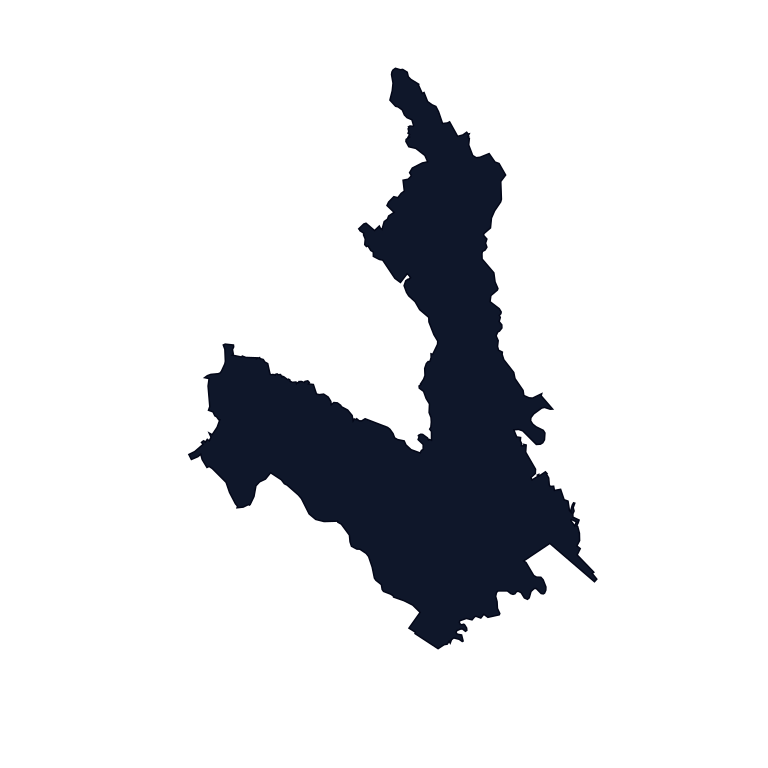 DEJ, Cluj, Romania, rotated 62°
{"feature_id": "2599482B75770184766435", "entity_name": "DEJ", "entity_type": "district", "adm_level": 2, "iso_a3": "ROU", "parent_name": "Romania", "parent_adm1": "Cluj", "projection": "robinson", "projection_center": [23.804, 47.127], "detail": "fine", "context": "isolated", "style": "filled", "palette": "ink", "viewbox_px": 768, "rotation_deg": 62, "n_neighbors": 0, "source": "geoboundaries", "source_scale": "gbopen_adm2", "svg_char_len": 6170}
<svg xmlns="http://www.w3.org/2000/svg" viewBox="0 0 768 768"><g transform="rotate(62 384 384)"><path d="M360.2,589.5L360.8,582.5L360.0,578.8L365.4,580.0L374.6,579.5L374.7,577.1L378.0,575.3L396.7,569.6L407.3,571.3L420.1,571.4L423.0,570.7L424.3,571.9L426.6,566.1L426.8,560.3L427.7,559.8L427.6,558.8L422.3,551.6L413.8,544.9L412.0,539.8L412.3,533.3L409.1,525.8L420.4,519.6L425.3,518.8L427.8,517.0L441.8,511.7L446.5,510.7L463.6,511.1L471.5,507.9L477.3,501.5L483.3,489.4L484.3,489.7L487.7,487.5L501.2,485.5L507.4,488.1L512.0,488.9L517.0,485.5L518.5,482.9L525.2,479.3L529.1,478.6L540.1,480.4L550.9,483.6L553.5,483.3L559.9,480.5L564.6,482.1L566.9,481.8L572.8,476.7L575.4,475.3L576.6,475.6L584.7,468.1L592.6,462.5L602.6,459.3L611.3,476.6L617.9,472.8L618.9,473.8L643.1,460.5L642.4,453.3L643.4,450.3L641.7,447.3L643.9,447.2L641.5,444.5L640.9,441.7L644.7,437.5L648.1,435.8L648.1,434.8L642.0,433.3L639.3,436.7L637.2,437.1L636.0,435.5L636.3,431.4L637.2,429.7L640.6,428.2L640.4,426.5L638.2,425.6L634.3,425.9L633.5,426.4L633.0,428.7L631.5,429.5L629.7,429.4L628.6,428.2L629.7,421.3L633.6,417.0L632.1,413.3L632.2,411.9L636.1,408.4L634.2,404.0L638.8,401.8L641.9,390.6L641.0,389.5L635.4,389.2L629.2,386.3L623.9,385.1L621.0,382.6L620.2,380.6L624.6,372.2L628.7,370.4L630.3,368.8L630.7,366.9L629.5,364.4L630.1,362.7L632.6,360.9L638.8,360.5L641.5,358.4L641.0,356.2L636.2,351.6L635.1,347.5L636.0,345.6L642.8,343.6L644.1,341.9L644.0,340.4L642.0,337.9L639.2,336.3L631.6,335.4L628.3,336.2L626.1,340.0L623.4,341.7L608.3,342.4L605.8,343.8L602.6,312.4L657.4,291.0L656.2,287.7L649.0,289.1L648.7,287.1L625.6,293.7L621.5,288.0L617.5,289.7L614.1,284.8L607.5,281.5L600.8,279.9L599.8,280.4L597.9,278.1L596.2,279.2L598.9,282.2L592.3,283.2L591.5,282.2L597.7,277.7L595.7,275.6L590.2,279.7L587.3,278.2L585.4,275.8L582.0,275.0L578.8,271.5L577.9,272.4L579.2,274.5L582.9,278.1L585.1,279.2L582.9,279.7L573.8,276.5L570.7,279.3L559.9,277.5L558.0,283.5L553.9,282.2L552.5,285.3L550.6,285.4L544.3,282.7L539.9,282.8L539.7,282.1L537.3,282.7L538.1,290.4L536.5,289.7L536.4,291.5L537.7,291.5L538.2,298.3L535.5,298.2L534.1,292.4L530.4,290.2L510.7,290.9L504.6,287.1L503.0,288.9L504.3,289.5L503.0,291.8L501.6,290.5L498.1,290.3L495.4,288.5L493.0,291.7L485.4,290.9L487.3,286.5L490.5,283.5L508.9,277.9L510.6,274.1L510.4,271.4L508.6,268.5L502.8,264.9L499.7,265.1L493.2,269.8L489.2,271.5L485.3,271.8L482.7,270.1L480.7,265.8L479.3,256.1L480.0,253.3L484.3,249.1L485.3,246.9L468.2,250.8L466.6,249.3L466.2,259.4L464.3,262.4L459.8,265.9L454.9,264.2L440.7,265.8L434.7,264.0L418.8,266.8L413.3,265.8L411.4,264.5L407.9,267.0L404.1,266.1L399.3,262.8L394.1,262.4L391.5,259.2L391.5,257.2L389.9,253.6L387.1,252.2L382.9,253.0L379.9,250.1L377.4,249.9L376.8,247.8L375.4,246.7L371.6,246.9L361.1,251.7L356.1,248.1L354.3,239.8L353.2,238.6L346.0,238.0L337.4,234.8L319.7,238.7L314.9,236.3L313.2,234.9L313.2,231.9L311.5,228.9L307.3,228.2L304.3,225.1L299.9,226.2L298.2,225.5L296.2,216.7L287.9,211.2L283.0,205.0L278.0,195.5L276.0,193.6L260.0,185.8L256.6,178.5L243.3,178.9L240.1,181.8L229.9,183.0L228.9,192.7L227.5,196.3L223.9,198.4L212.7,197.0L207.2,193.3L206.1,194.0L205.6,193.1L204.8,193.5L203.1,191.3L202.8,192.4L200.5,192.8L201.1,197.5L199.9,202.7L183.3,203.0L183.3,205.4L181.5,210.0L169.2,208.0L163.3,207.9L160.0,210.5L155.1,212.9L145.4,211.8L145.4,213.8L135.8,213.2L135.6,212.6L127.6,217.3L124.1,218.3L119.6,217.1L115.0,219.8L114.2,222.0L110.6,225.7L111.0,228.7L112.2,230.5L114.3,232.1L122.6,234.8L129.0,239.1L136.1,245.5L144.2,243.4L145.9,241.5L150.6,239.2L156.0,239.7L159.7,238.6L163.8,235.3L169.9,236.6L170.2,237.3L168.4,239.9L168.4,241.7L169.5,241.6L170.0,242.9L172.5,243.5L173.9,245.1L175.7,244.2L177.4,246.9L178.0,246.1L178.4,249.6L180.1,250.8L186.2,250.7L190.9,245.3L201.4,240.6L208.3,241.1L206.8,246.4L206.6,257.6L209.4,262.2L212.5,262.0L213.4,263.0L214.5,266.5L213.0,271.5L223.2,275.5L223.7,279.3L226.0,284.3L223.2,287.4L225.5,294.5L227.8,297.6L237.2,294.5L237.8,301.0L240.1,303.6L240.6,307.5L246.6,313.2L244.8,314.1L242.3,314.0L244.1,320.3L233.6,324.4L233.2,326.7L235.3,334.1L235.3,333.1L237.3,333.3L241.3,331.1L242.8,332.1L247.2,332.5L251.9,335.6L254.4,335.0L254.6,333.3L259.9,333.0L262.4,331.5L266.3,333.5L271.9,329.6L274.0,327.0L295.8,324.8L302.1,321.8L297.5,311.7L300.2,310.9L302.7,310.7L303.0,313.0L304.1,312.6L302.7,313.8L303.1,316.4L306.6,320.1L313.6,321.1L317.8,320.8L325.9,317.9L335.1,317.6L346.2,313.2L350.3,315.2L363.9,316.8L371.3,316.4L374.1,318.1L380.7,327.1L379.4,328.3L382.7,329.9L385.2,332.4L385.5,333.3L384.9,334.5L385.8,337.0L389.4,340.8L395.7,343.8L398.4,346.8L401.1,351.7L401.8,351.6L402.2,354.0L404.3,354.8L409.1,352.5L416.6,353.6L422.9,353.2L430.4,357.6L435.6,358.2L439.8,360.1L444.1,362.9L445.3,364.9L448.2,364.4L456.0,368.5L454.1,370.2L454.2,371.0L452.1,370.9L446.7,373.5L445.6,375.1L445.5,377.4L445.8,378.0L446.9,377.6L449.1,380.0L455.8,377.8L460.2,380.2L460.2,382.1L461.9,384.4L454.7,390.9L448.1,393.2L443.7,392.9L439.4,398.1L436.5,399.9L432.0,399.3L426.7,400.0L424.0,401.2L405.8,417.0L406.1,421.1L404.8,423.2L401.9,424.4L402.4,425.2L400.9,426.7L402.1,428.6L396.8,426.9L389.9,428.3L384.0,432.3L382.6,432.2L378.8,434.0L376.8,437.0L377.6,440.4L374.4,439.1L369.3,439.4L364.6,442.0L363.0,446.2L361.1,448.3L351.3,446.6L348.4,450.7L347.6,449.2L345.4,449.8L344.6,452.6L345.3,453.7L343.0,455.7L341.9,458.0L342.8,458.7L342.2,459.7L342.6,461.1L340.9,460.8L339.5,464.2L337.4,465.6L336.3,465.2L334.9,466.0L334.8,467.1L330.3,469.2L330.1,470.4L329.3,470.4L329.6,471.0L327.1,470.9L325.9,473.4L324.9,473.6L324.5,475.5L325.1,475.9L323.4,477.6L322.9,479.4L321.5,479.9L311.4,477.1L308.6,478.9L305.7,479.1L303.4,481.5L302.3,481.4L301.9,484.3L301.4,483.6L295.7,493.5L292.8,496.0L293.3,497.1L287.2,504.5L286.8,503.0L282.4,501.6L280.7,499.3L278.9,498.6L274.2,505.5L274.1,507.6L278.6,508.2L289.4,513.4L291.5,515.1L296.3,521.4L297.3,523.3L297.1,525.5L294.2,532.4L293.7,536.1L294.2,539.4L297.1,535.9L303.2,540.3L322.1,548.4L324.8,551.3L328.3,548.1L332.7,548.3L334.3,547.2L338.0,546.7L338.5,545.7L343.9,551.7L348.1,559.5L345.2,561.4L349.8,561.7L352.2,565.0L349.9,566.0L351.5,569.1L349.5,569.8L349.5,570.9L349.9,572.6L352.3,572.0L352.5,572.8L354.8,582.8L354.6,589.4L360.2,589.5Z" fill="#0f172a" stroke="#020617" stroke-width="1.5"/></g></svg>